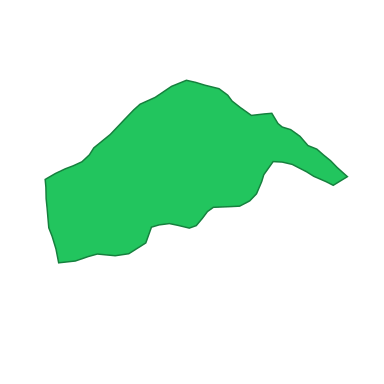 Krideia, Cyprus (Mercator projection), rotated 287°
{"feature_id": "46923920B22982448470937", "entity_name": "Krideia", "entity_type": "district", "adm_level": 2, "iso_a3": "CYP", "parent_name": "Cyprus", "parent_adm1": "", "projection": "mercator", "projection_center": [33.959, 35.389], "detail": "fine", "context": "isolated", "style": "filled", "palette": "green", "viewbox_px": 384, "rotation_deg": 287, "n_neighbors": 0, "source": "geoboundaries", "source_scale": "gbopen_adm2", "svg_char_len": 1001}
<svg xmlns="http://www.w3.org/2000/svg" viewBox="0 0 384 384"><g transform="rotate(287 192 192)"><path d="M85.3,85.2L91.9,100.6L99.9,111.6L105.0,119.6L108.6,137.2L114.5,149.6L129.8,162.7L146.5,163.5L150.9,170.1L155.2,179.6L156.0,188.3L156.7,200.0L161.1,205.9L169.8,209.6L177.8,212.5L183.6,216.9L189.5,233.7L192.4,241.7L200.4,249.8L209.1,254.2L222.2,255.6L229.5,255.6L244.8,260.7L247.0,269.5L247.7,279.8L244.8,295.8L242.6,303.9L241.1,317.1L239.7,325.1L252.1,336.1L257.9,323.6L262.3,315.6L265.9,306.8L269.5,298.8L270.3,289.3L276.8,279.0L280.5,268.1L280.5,259.3L282.6,254.2L290.6,245.3L287.7,238.1L282.6,226.4L287.0,213.2L290.7,203.7L295.0,197.9L298.7,187.6L297.9,173.0L297.9,163.5L297.2,154.0L287.0,141.5L271.7,129.1L260.8,116.7L253.5,112.3L241.9,106.4L234.6,102.8L222.9,96.9L216.4,92.5L205.5,85.2L197.5,83.0L188.7,77.9L182.2,70.6L177.1,64.0L169.8,56.0L161.1,47.9L153.8,50.9L142.9,54.5L134.1,58.2L115.9,65.5L108.6,71.3L97.7,78.6L85.3,85.2Z" fill="#22c55e" stroke="#15803d" stroke-width="1.5"/></g></svg>